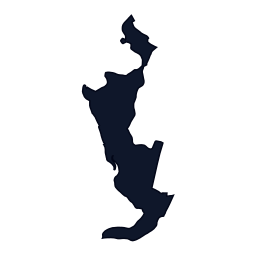 Sibiu, Sibiu, Romania
{"feature_id": "2599482B4700394891348", "entity_name": "Sibiu", "entity_type": "district", "adm_level": 2, "iso_a3": "ROU", "parent_name": "Romania", "parent_adm1": "Sibiu", "projection": "mercator", "projection_center": [23.934, 45.655], "detail": "fine", "context": "isolated", "style": "filled", "palette": "ink", "viewbox_px": 256, "rotation_deg": 0, "n_neighbors": 0, "source": "geoboundaries", "source_scale": "gbopen_adm2", "svg_char_len": 5663}
<svg xmlns="http://www.w3.org/2000/svg" viewBox="0 0 256 256"><path d="M141.1,55.9L141.2,56.4L141.6,57.2L142.1,58.5L142.4,58.9L142.5,59.8L142.6,60.6L142.5,62.0L142.5,62.7L142.4,64.6L142.2,65.7L141.7,66.3L140.4,67.5L139.1,68.7L138.1,69.3L136.9,69.8L135.9,69.8L134.7,69.8L133.5,70.6L132.6,71.4L130.8,72.7L128.2,74.2L127.0,75.3L126.7,75.5L125.6,75.7L124.8,75.7L124.0,75.5L122.6,75.2L119.9,75.0L118.0,74.7L115.9,73.9L114.9,73.4L112.8,72.8L109.2,72.3L107.6,72.3L105.8,72.6L105.5,73.1L105.1,75.3L105.1,76.2L105.6,76.8L106.7,78.5L107.0,79.3L107.5,81.2L107.6,82.3L107.5,83.0L107.3,83.6L107.0,84.3L106.7,84.8L104.6,86.7L101.7,87.9L99.9,89.0L98.2,90.0L95.6,91.5L95.0,91.3L91.0,89.5L87.3,87.3L86.4,88.3L85.8,87.1L85.5,85.6L84.9,85.2L84.6,85.1L84.2,85.1L83.6,85.7L83.4,86.4L83.2,86.8L83.0,87.8L82.6,91.5L82.7,91.9L82.9,92.7L83.1,93.6L83.6,94.5L84.1,95.8L84.5,96.7L86.0,98.4L86.5,98.8L87.1,99.2L89.4,100.4L89.9,100.9L89.8,101.7L89.8,105.5L90.2,107.3L91.1,109.7L92.3,113.3L93.2,114.1L94.4,115.9L95.1,116.7L96.0,118.7L97.6,122.2L99.5,125.6L98.8,126.5L98.8,127.3L100.4,131.9L101.0,133.9L101.3,135.5L102.5,139.5L103.7,142.5L104.8,143.8L103.7,144.6L104.2,145.2L104.5,146.1L105.1,147.3L105.4,149.8L105.4,152.0L105.5,153.1L106.1,155.8L106.4,157.3L106.7,158.3L106.9,159.6L107.1,160.0L107.6,160.7L109.9,162.1L111.4,163.3L112.3,164.2L113.8,166.2L114.1,167.4L114.2,168.2L114.2,168.7L114.0,169.1L114.0,169.4L114.2,169.6L114.6,169.7L114.9,169.5L115.2,168.7L115.5,167.0L115.5,166.0L114.9,164.0L112.5,160.4L112.1,159.6L112.0,158.8L112.0,157.3L112.3,156.4L112.5,155.9L112.9,155.9L112.8,156.2L112.4,157.4L112.5,158.3L112.8,159.2L113.2,159.8L114.4,161.0L115.7,162.1L117.4,164.3L118.1,165.3L118.8,167.6L119.3,171.7L118.4,174.1L116.9,176.0L115.9,176.6L115.0,177.7L114.5,179.0L114.3,180.3L114.9,182.7L115.0,184.8L115.3,186.4L115.9,187.4L117.4,189.2L118.8,190.6L120.3,191.8L122.7,194.1L124.5,195.6L125.2,196.0L125.6,196.1L126.1,196.2L126.5,196.5L127.2,196.9L128.3,198.4L129.0,199.5L130.6,201.3L132.5,202.6L133.3,203.8L134.5,205.6L135.1,206.8L135.8,207.6L136.4,208.0L137.1,208.2L138.3,208.1L139.7,208.3L141.6,208.6L142.3,209.2L142.6,209.6L142.6,210.5L142.9,211.1L143.3,211.7L143.7,212.1L144.1,212.8L144.2,213.3L144.0,214.1L142.9,216.0L141.0,218.5L139.2,220.2L138.3,220.9L137.3,222.0L136.0,223.9L134.6,225.7L133.6,226.5L132.3,227.2L130.3,228.3L129.1,228.6L127.8,228.5L125.9,228.1L124.0,227.7L121.9,227.5L117.8,227.4L112.3,227.9L109.1,228.9L107.2,229.8L105.1,231.1L103.5,232.8L103.0,233.6L102.7,234.6L102.9,236.4L102.7,237.6L102.5,238.1L104.1,237.8L104.6,237.8L105.6,237.7L107.4,237.6L109.1,237.6L110.7,237.5L113.8,237.7L115.0,237.9L118.0,238.6L118.9,238.6L119.6,238.6L123.1,238.3L124.1,238.3L126.1,238.5L126.6,238.5L127.3,238.6L128.1,238.8L129.6,239.5L130.6,240.1L132.4,240.6L133.3,240.5L134.5,240.2L135.2,240.0L136.5,239.5L140.0,237.7L141.2,236.9L143.4,235.5L145.3,234.2L147.3,233.2L149.5,231.7L151.5,230.5L153.8,228.7L156.2,225.8L156.5,225.2L156.7,224.3L156.8,222.8L156.8,222.4L157.4,220.6L158.3,218.7L159.0,217.7L159.3,217.3L161.6,216.3L163.0,216.2L163.6,216.1L163.8,215.7L164.2,214.7L165.1,213.2L165.6,211.6L166.5,209.8L167.8,207.4L169.8,203.3L173.0,196.2L173.4,195.3L172.0,195.7L170.5,195.8L169.9,195.8L169.1,196.0L168.3,196.1L167.4,196.1L166.7,196.0L166.7,195.3L166.9,193.1L166.5,193.1L164.5,193.1L162.9,193.0L162.9,193.6L162.1,193.5L161.5,193.4L161.3,193.3L160.8,193.3L160.4,193.1L159.6,192.6L159.1,192.0L158.5,191.6L154.8,189.6L153.2,188.9L152.3,188.5L151.8,188.0L157.3,163.6L159.8,153.4L162.9,143.0L162.2,142.6L161.1,142.0L160.4,141.8L159.6,141.7L158.8,141.5L157.6,141.3L156.8,141.1L156.2,141.1L155.6,141.2L155.2,141.6L153.7,145.2L153.0,146.9L152.5,148.1L152.2,148.5L151.4,149.0L150.6,149.1L149.5,148.9L148.9,148.8L147.8,148.1L147.0,147.5L146.0,146.5L145.2,145.9L144.7,145.5L143.9,145.2L142.7,145.0L141.9,144.9L140.6,144.9L138.8,145.0L137.4,145.2L135.9,145.4L135.6,145.5L135.4,145.5L133.9,144.6L133.1,143.9L132.8,143.2L132.4,142.1L132.3,140.6L132.3,139.8L132.0,137.8L131.8,137.2L130.6,135.1L129.9,134.1L129.0,132.3L128.4,130.8L127.6,129.5L127.2,129.1L127.0,128.7L127.9,127.5L129.0,125.7L129.5,124.7L130.7,121.9L131.4,120.7L132.8,118.4L134.6,115.4L134.8,114.5L134.9,113.6L134.7,112.4L134.3,110.1L133.8,108.4L133.6,107.1L133.6,104.4L133.7,103.4L133.9,102.6L134.7,100.8L135.9,97.4L136.0,96.3L136.0,94.9L136.5,92.4L137.1,90.6L137.8,89.0L138.2,88.3L138.4,88.0L138.7,87.7L141.8,85.8L142.6,85.2L143.0,84.6L143.5,83.7L143.8,82.8L143.9,82.0L143.9,80.7L143.4,78.4L142.9,75.6L142.2,72.2L142.2,71.3L142.4,70.2L143.1,68.5L143.5,66.8L143.9,66.2L145.9,65.2L146.6,64.8L146.7,63.5L146.9,62.7L147.4,61.8L149.0,58.2L150.1,55.2L150.9,53.9L151.2,52.7L151.8,51.5L152.6,50.6L153.5,49.8L154.7,48.8L156.5,47.3L155.0,46.7L152.4,45.3L150.8,44.5L149.3,43.4L148.2,42.5L147.6,41.9L147.6,39.1L147.8,39.0L148.1,38.7L148.5,38.2L148.3,37.8L148.0,37.3L147.1,36.3L146.7,36.0L146.2,35.7L144.7,35.0L143.8,34.6L141.3,33.2L140.0,32.0L138.4,30.8L135.3,28.5L134.3,27.4L133.8,26.8L133.5,26.2L131.9,22.1L134.3,20.7L131.6,15.8L131.5,15.7L131.3,15.4L129.2,17.7L128.7,18.1L128.2,18.8L126.3,20.8L124.3,22.9L124.0,23.5L123.4,24.2L123.2,24.6L122.9,25.2L122.5,26.6L122.4,27.9L122.4,29.2L122.6,30.7L123.2,31.8L123.9,33.0L125.0,34.6L125.3,35.1L125.5,35.7L125.7,36.5L125.7,37.6L125.7,39.1L125.7,39.3L125.2,39.9L124.5,39.2L123.5,38.7L122.4,38.5L122.1,38.8L120.9,40.3L120.8,40.6L120.8,41.0L121.0,41.4L121.6,42.3L122.0,42.9L122.6,43.2L122.7,43.4L123.0,43.5L123.2,43.4L125.2,42.4L125.8,42.0L126.2,41.8L128.9,42.5L130.3,43.3L131.0,44.0L131.1,44.5L131.2,44.9L131.1,45.6L131.1,46.7L130.9,47.2L131.0,48.5L131.2,48.9L132.1,49.6L135.1,51.8L137.2,52.8L139.4,54.1L140.2,54.9L140.6,55.3L141.1,55.9Z" fill="#0f172a" stroke="#020617" stroke-width="1.5"/></svg>